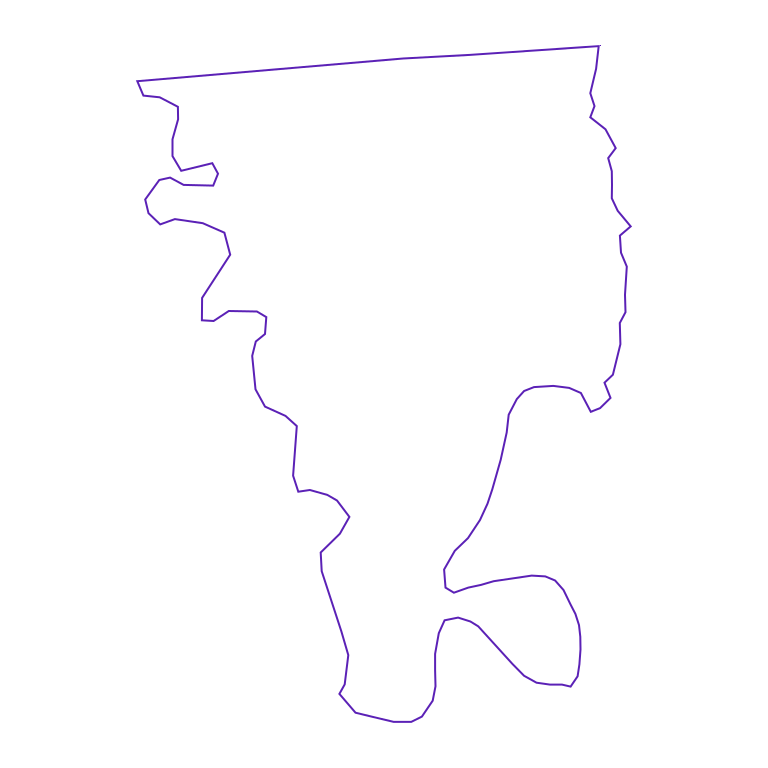 outline of Cotiporã, Rio Grande do Sul, Brazil
{"feature_id": "56859067B19621956734569", "entity_name": "Cotiporã", "entity_type": "district", "adm_level": 2, "iso_a3": "BRA", "parent_name": "Brazil", "parent_adm1": "Rio Grande do Sul", "projection": "equal_earth", "projection_center": [-51.685, -29.013], "detail": "fine", "context": "isolated", "style": "outline", "palette": "violet", "viewbox_px": 768, "rotation_deg": 0, "n_neighbors": 0, "source": "geoboundaries", "source_scale": "gbopen_adm2", "svg_char_len": 1631}
<svg xmlns="http://www.w3.org/2000/svg" viewBox="0 0 768 768"><path d="M590.8,411.8L600.1,408.1L610.5,397.9L604.5,382.7L612.9,374.7L620.4,344.2L619.8,323.0L625.5,312.2L625.0,294.7L626.8,266.6L621.0,252.7L619.9,235.6L630.7,226.4L617.7,210.8L611.8,198.3L612.0,184.9L611.8,171.2L608.2,158.1L615.7,148.1L605.5,129.3L590.3,117.3L594.5,106.1L590.3,93.2L596.1,68.8L598.7,46.1L469.8,54.9L403.1,58.5L137.3,81.2L143.4,95.6L159.7,97.3L177.9,106.8L178.1,119.3L172.5,139.3L172.5,156.1L181.2,170.8L212.3,163.2L218.0,173.7L213.2,185.6L183.6,184.9L170.1,177.6L159.3,180.0L145.2,199.5L148.5,213.2L160.2,224.4L174.9,219.1L202.8,223.2L224.4,232.7L230.2,254.7L202.1,297.9L201.9,320.3L213.6,321.0L228.8,311.0L256.9,311.5L266.3,317.1L265.0,334.0L255.8,341.5L252.2,355.9L255.5,389.3L265.0,406.6L285.5,415.9L296.8,426.1L293.1,475.7L298.3,491.7L309.9,490.0L327.3,494.9L337.0,500.5L349.4,516.9L339.9,533.7L320.7,552.5L321.7,571.2L341.4,631.5L348.3,655.1L344.7,684.4L339.4,693.9L355.5,712.7L373.2,717.0L393.8,721.9L411.2,721.9L421.9,716.6L432.7,700.7L435.5,686.3L435.1,670.2L435.1,653.9L438.8,633.2L444.6,620.3L458.1,617.6L470.4,621.5L478.2,626.3L512.4,663.9L524.1,675.8L536.5,682.7L550.0,684.6L562.0,684.6L570.6,686.6L577.6,676.3L579.4,664.4L580.5,649.5L580.3,636.8L579.0,625.1L575.4,613.9L570.5,604.4L563.5,590.0L555.1,580.5L545.3,576.4L531.7,575.6L493.7,581.2L481.0,584.9L468.3,587.6L453.9,592.7L445.5,587.6L444.1,569.5L454.8,550.8L468.0,538.1L480.0,520.0L487.5,503.7L492.3,489.3L500.7,459.8L506.7,432.5L508.7,414.7L516.8,399.1L524.1,391.0L534.0,387.1L553.3,385.9L569.2,387.9L580.9,393.0L590.8,411.8Z" fill="none" stroke="#5b21b6" stroke-width="2"/></svg>